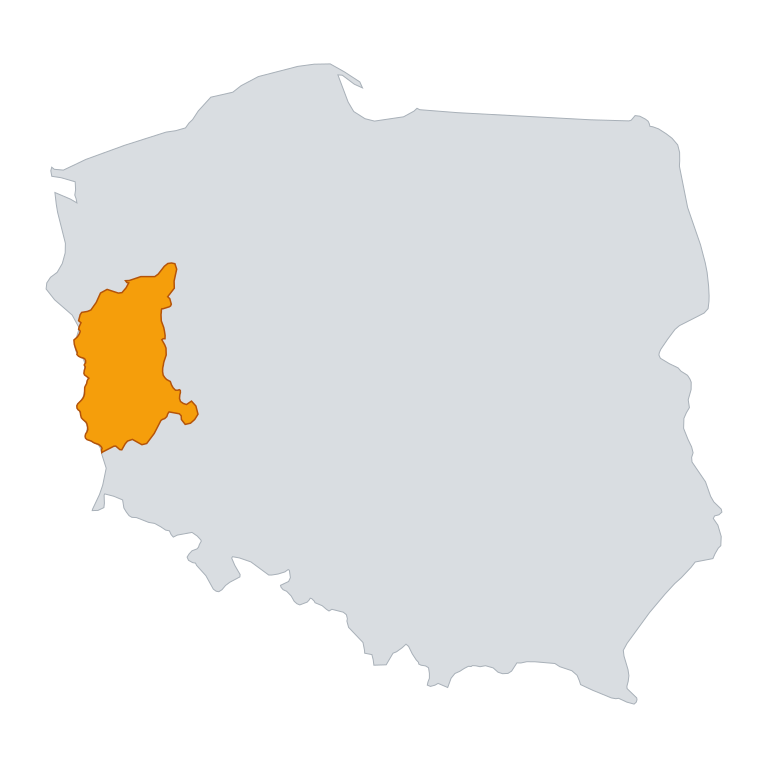 where Lubusz sits in Poland
{"feature_id": "POL-3143", "entity_name": "Lubusz", "entity_type": "Voivodeship", "adm_level": 1, "iso_a3": "POL", "parent_name": "Poland", "parent_adm1": "", "projection": "mercator", "projection_center": [15.301, 52.253], "detail": "fine", "context": "in_parent", "style": "filled", "palette": "amber", "viewbox_px": 768, "rotation_deg": 0, "n_neighbors": 0, "source": "natural_earth", "source_scale": "10m", "svg_char_len": 5596}
<svg xmlns="http://www.w3.org/2000/svg" viewBox="0 0 768 768"><path d="M688.0,439.4L691.6,446.9L693.1,452.8L691.6,457.4L692.0,462.0L705.5,481.8L710.6,496.3L713.8,501.9L721.2,509.1L721.9,512.1L718.9,514.8L714.6,515.9L713.3,518.5L717.9,525.2L721.2,536.5L720.8,545.7L718.3,548.1L715.1,553.6L712.9,558.6L695.2,562.0L691.0,567.4L681.3,577.7L674.7,583.6L664.9,594.3L649.5,612.6L627.1,643.3L623.3,650.3L624.0,656.1L628.0,669.6L628.9,675.7L628.2,681.3L626.9,686.3L627.1,688.6L636.7,697.9L637.0,699.8L636.2,702.2L634.1,704.1L626.8,702.1L618.6,698.3L615.8,698.7L611.3,697.9L593.0,690.4L580.6,684.6L579.4,680.8L577.1,675.3L571.8,670.7L559.8,666.7L554.9,663.5L535.3,661.8L526.8,661.7L520.8,663.0L516.9,662.9L511.6,671.1L508.0,673.4L502.6,673.7L498.0,672.2L493.2,667.9L485.5,665.7L480.0,666.7L475.9,665.8L472.4,665.6L471.2,666.5L468.4,666.3L464.3,668.4L459.8,671.3L454.9,673.5L451.1,678.2L447.7,687.5L438.1,683.4L434.9,685.2L430.4,686.4L427.3,685.1L428.0,681.9L429.4,678.3L429.4,673.3L428.5,667.7L425.5,665.9L421.1,665.2L418.8,664.1L418.5,662.3L416.2,659.9L412.3,653.9L408.6,646.4L406.0,644.2L402.2,647.7L396.5,651.8L393.0,653.2L386.2,664.8L373.9,665.2L373.2,659.8L371.9,654.6L364.7,653.2L364.5,650.2L363.0,642.5L348.6,627.4L346.9,621.1L347.4,618.7L346.4,614.7L343.3,612.2L331.9,609.3L329.0,611.0L326.4,609.3L322.2,605.7L315.0,602.7L314.3,601.2L311.7,598.6L310.2,598.2L309.3,599.8L307.2,602.1L299.8,604.9L296.9,603.7L294.2,601.3L291.2,596.0L286.7,591.3L283.1,589.7L281.0,587.2L280.5,585.3L288.6,581.5L290.4,577.6L289.4,570.4L288.2,569.5L284.9,571.9L278.2,574.0L271.9,575.0L268.7,575.0L250.9,561.9L239.3,557.9L232.5,556.7L231.7,558.1L234.8,565.4L240.1,574.5L239.9,576.9L229.9,582.2L225.6,585.4L222.0,589.7L218.8,591.7L216.1,591.2L213.3,589.1L205.9,575.7L196.6,565.4L195.5,563.1L192.6,562.6L188.5,560.3L187.1,557.1L189.2,553.8L192.0,550.8L197.0,548.9L198.5,547.2L199.4,544.5L201.3,541.1L200.8,539.9L197.2,536.0L192.0,532.4L177.3,535.1L173.3,537.1L171.1,534.5L169.4,530.8L165.7,530.1L160.6,526.7L154.6,523.4L148.7,522.4L136.5,517.6L131.8,517.3L129.1,515.7L126.3,512.0L123.9,508.0L122.6,499.9L113.6,496.2L104.7,493.9L104.1,495.1L104.4,503.3L103.9,507.6L98.0,510.4L92.2,510.6L92.5,509.3L99.5,494.5L102.7,485.2L106.2,468.2L101.9,454.7L100.7,448.4L98.7,445.3L86.5,438.7L85.5,436.5L87.4,427.5L86.5,423.7L83.5,419.7L79.6,411.8L78.1,405.0L83.1,397.1L86.5,383.2L88.3,377.6L85.1,374.5L84.3,370.1L85.1,363.8L83.4,359.1L79.1,356.0L76.2,351.9L74.9,346.9L76.0,339.0L79.3,328.1L72.2,315.1L54.6,299.8L46.1,289.0L46.8,282.9L50.5,277.3L57.2,272.3L62.3,263.5L65.2,252.9L65.4,243.3L57.6,212.3L56.3,204.5L54.9,192.5L70.4,199.1L76.9,202.9L76.1,198.7L74.8,195.1L75.6,189.8L75.2,181.8L61.1,177.7L51.8,176.3L50.8,170.8L51.7,167.2L54.3,169.3L63.4,170.1L85.9,159.4L124.6,145.3L166.1,132.1L175.7,130.7L185.5,127.9L189.1,122.9L192.6,119.6L198.3,110.9L210.8,97.2L232.8,92.2L241.1,85.7L258.3,76.6L297.7,66.4L314.1,64.2L330.2,63.9L344.6,72.0L359.8,81.9L362.5,87.9L354.3,84.2L342.3,75.2L337.9,74.9L348.1,102.0L353.7,111.5L365.0,118.7L374.5,121.1L403.6,116.8L414.0,111.1L417.0,108.3L419.7,109.7L457.9,112.7L590.7,119.8L628.9,120.9L631.2,120.2L635.1,115.6L639.8,116.2L645.4,119.1L648.1,121.2L649.2,123.5L649.9,126.3L652.9,126.8L658.6,128.9L666.1,133.7L672.1,138.3L677.7,144.9L679.6,152.4L679.7,160.8L679.4,166.2L687.6,207.4L700.5,244.8L705.2,262.7L707.1,272.3L708.6,286.0L709.1,295.7L709.0,301.1L708.1,308.6L704.2,313.0L679.5,325.6L674.9,329.5L667.6,339.3L660.8,349.3L659.3,352.7L658.9,355.0L660.4,358.3L669.2,363.6L678.1,367.9L681.0,371.2L687.5,375.3L689.9,379.0L691.2,382.2L691.1,389.6L688.2,399.8L689.4,407.6L686.4,412.7L683.9,418.4L683.6,428.4L688.0,439.4Z" fill="#d9dde1" stroke="#a8b0b8" stroke-width="1"/><path d="M101.8,452.6L101.5,449.7L102.1,448.4L101.4,446.9L100.1,445.5L99.1,444.7L97.5,444.0L94.4,443.0L92.8,442.1L91.4,441.1L87.0,439.6L85.5,438.1L85.2,436.9L85.1,436.1L85.6,434.0L87.0,431.9L87.8,429.7L87.6,426.9L87.0,424.1L86.1,422.2L82.8,419.4L81.3,417.7L80.6,414.9L80.3,412.0L79.4,410.7L78.2,409.9L77.0,408.2L76.8,405.8L77.7,403.9L81.6,400.0L82.9,398.3L83.9,396.3L84.5,394.2L84.7,387.5L85.1,386.4L86.6,383.7L86.8,382.7L87.0,381.7L87.2,380.7L87.7,379.7L88.9,378.2L84.5,374.9L83.9,373.3L84.3,370.4L85.0,368.4L85.3,366.8L84.3,365.3L84.3,364.6L85.6,362.9L85.6,360.6L84.6,358.7L82.7,357.8L80.8,357.4L78.5,356.2L76.9,354.5L77.3,352.5L75.9,349.2L74.3,344.4L73.9,340.0L77.4,336.9L79.1,334.3L80.2,331.7L79.9,330.5L78.6,329.3L79.2,326.7L81.0,322.7L78.9,321.0L78.6,320.6L80.2,314.6L81.7,312.4L87.5,311.4L90.9,310.0L96.2,302.5L100.5,293.0L107.1,289.4L118.4,293.1L122.0,292.6L126.1,287.8L128.7,282.9L126.8,282.5L125.5,280.7L129.3,280.5L140.8,276.6L154.8,276.6L158.2,274.1L164.3,266.3L167.8,263.5L171.5,263.0L174.9,263.7L176.7,269.2L175.5,274.6L174.1,281.1L174.3,288.2L167.7,296.7L169.8,298.7L171.3,304.2L170.6,305.9L169.3,306.8L162.9,308.8L161.9,308.7L161.4,309.8L161.3,312.3L161.0,314.6L161.3,320.9L163.7,327.4L164.5,331.3L165.1,335.4L165.0,338.7L163.2,338.7L161.8,339.7L164.7,344.8L166.0,348.1L166.2,355.0L164.0,361.5L163.6,363.1L163.4,364.8L162.7,368.0L162.6,371.7L163.2,375.2L164.8,377.6L166.6,379.5L170.3,381.5L171.5,384.9L173.1,387.8L175.5,390.2L178.0,390.2L179.2,389.7L180.3,390.4L180.4,392.6L179.8,394.8L179.5,398.5L180.5,401.5L183.4,403.5L186.5,404.5L191.5,401.1L195.9,406.0L198.0,414.2L194.7,419.5L190.5,423.2L185.2,424.4L181.4,419.5L181.2,415.8L179.4,413.8L169.1,411.9L167.8,413.7L166.8,416.6L164.7,418.6L162.4,419.4L160.9,420.5L154.2,433.5L146.7,443.5L141.9,444.7L132.4,439.4L127.5,441.1L125.2,443.8L121.8,449.8L119.8,449.6L115.8,446.1L113.9,446.2L103.0,451.8L101.8,452.6Z" fill="#f59e0b" stroke="#b45309" stroke-width="1.5"/></svg>